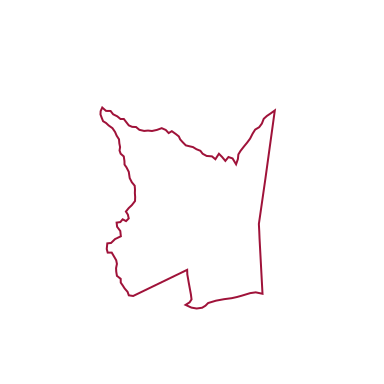 outline of São João do Sul, Santa Catarina, Brazil, rotated 48°
{"feature_id": "56859067B43932485433682", "entity_name": "São João do Sul", "entity_type": "district", "adm_level": 2, "iso_a3": "BRA", "parent_name": "Brazil", "parent_adm1": "Santa Catarina", "projection": "albers", "projection_center": [-49.843, -29.193], "detail": "fine", "context": "isolated", "style": "outline", "palette": "rose", "viewbox_px": 384, "rotation_deg": 48, "n_neighbors": 0, "source": "geoboundaries", "source_scale": "gbopen_adm2", "svg_char_len": 1786}
<svg xmlns="http://www.w3.org/2000/svg" viewBox="0 0 384 384"><g transform="rotate(48 192 192)"><path d="M187.9,103.3L189.2,107.9L191.2,113.1L192.2,118.0L192.9,122.7L193.9,128.4L195.1,132.4L198.2,135.8L200.9,140.7L194.2,139.4L190.4,141.5L191.2,146.4L186.0,146.2L181.6,146.4L183.3,152.7L178.9,153.3L175.0,157.0L170.7,158.5L167.0,158.2L163.1,160.1L159.3,161.2L156.0,163.5L153.2,165.4L148.7,165.6L145.0,165.6L141.9,164.6L138.3,165.2L133.3,166.3L132.6,169.9L128.3,170.0L124.3,171.8L122.4,176.5L119.9,180.9L116.9,183.6L114.6,186.7L110.6,189.5L106.3,190.1L103.5,192.9L100.2,194.4L95.9,194.1L92.1,193.8L89.9,196.3L85.8,196.9L81.5,198.6L77.3,198.3L74.2,201.6L69.2,202.2L70.8,205.8L73.1,208.1L76.3,209.4L79.9,210.7L83.2,209.7L86.8,209.4L91.3,208.4L95.9,209.0L99.7,210.3L104.0,211.0L107.3,213.5L110.5,215.4L112.7,218.1L115.8,219.4L119.9,218.9L123.8,221.5L126.5,223.8L129.8,224.2L134.7,225.5L140.0,229.0L144.5,230.2L149.0,230.4L152.0,232.7L154.6,235.2L157.7,237.6L160.6,240.4L161.5,245.5L161.6,249.7L162.3,254.2L165.9,254.8L169.3,256.7L169.5,260.5L165.9,261.8L166.4,265.4L164.3,268.5L167.7,270.9L173.0,271.4L177.3,274.5L175.5,280.6L175.7,286.3L173.5,289.3L177.3,293.5L180.6,295.2L183.3,292.2L188.7,293.3L192.0,294.0L195.2,295.9L197.8,299.4L200.5,301.6L204.1,303.9L208.8,303.1L211.7,305.6L215.0,306.0L218.6,306.6L223.1,306.7L226.5,308.1L229.9,305.3L246.6,247.7L250.2,250.7L253.9,253.0L257.2,255.1L267.3,261.3L271.5,264.2L272.4,267.6L271.6,272.3L277.5,269.8L281.7,266.5L284.8,261.9L285.5,258.1L285.3,254.3L288.8,246.9L293.1,239.9L297.5,233.5L300.1,228.9L302.3,224.5L306.1,216.4L309.2,211.8L314.8,207.7L271.6,172.8L266.3,168.4L260.5,163.7L255.6,157.8L231.1,128.4L186.8,75.9L186.2,81.2L185.6,85.4L185.6,89.7L187.9,94.3L188.8,98.7L187.9,103.3Z" fill="none" stroke="#9f1239" stroke-width="2"/></g></svg>